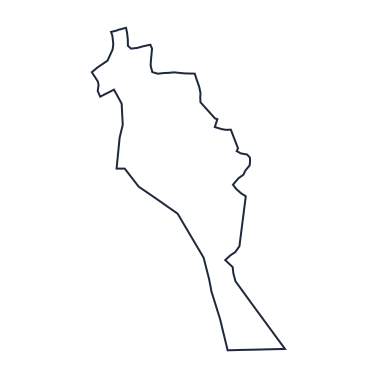 Monguno, Borno, Nigeria (Albers equal-area conic projection), rotated 101°
{"feature_id": "59680162B31936578466171", "entity_name": "Monguno", "entity_type": "district", "adm_level": 2, "iso_a3": "NGA", "parent_name": "Nigeria", "parent_adm1": "Borno", "projection": "albers", "projection_center": [13.558, 12.578], "detail": "fine", "context": "isolated", "style": "outline", "palette": "slate", "viewbox_px": 384, "rotation_deg": 101, "n_neighbors": 0, "source": "geoboundaries", "source_scale": "gbopen_adm2", "svg_char_len": 1186}
<svg xmlns="http://www.w3.org/2000/svg" viewBox="0 0 384 384"><g transform="rotate(101 192 192)"><path d="M115.9,300.3L106.4,288.1L118.7,277.9L139.3,272.8L152.5,273.4L183.4,270.5L181.9,262.5L196.9,245.4L204.6,227.6L210.6,214.2L216.0,202.0L254.2,168.1L273.8,158.8L280.9,155.9L285.6,154.1L311.2,140.3L340.6,126.8L338.1,115.6L334.1,97.2L328.3,70.8L298.2,103.4L288.6,113.8L271.3,132.3L263.9,135.9L258.0,137.7L252.5,146.4L246.8,142.2L242.8,138.1L236.2,135.1L185.9,138.4L183.9,143.6L180.7,149.0L177.0,153.2L169.6,149.0L165.2,144.8L160.7,143.7L155.0,140.5L151.0,140.8L147.2,141.7L144.7,145.0L144.8,151.5L143.3,155.9L140.3,155.2L123.4,165.8L124.5,170.5L124.6,174.7L123.9,182.0L115.7,181.0L115.4,183.5L102.3,200.8L97.4,202.0L93.4,202.5L87.4,205.0L79.8,209.4L75.3,211.9L77.0,222.0L78.0,232.6L79.5,237.6L80.5,242.0L82.4,248.1L81.9,253.8L76.2,256.6L72.0,257.3L58.8,258.6L55.4,261.0L58.2,267.6L61.0,273.2L62.9,279.2L60.7,282.8L54.6,284.1L47.9,286.2L43.4,288.1L44.7,290.8L45.7,292.7L46.7,295.0L47.8,296.6L50.3,302.0L53.6,300.1L58.4,298.5L61.8,297.5L67.2,297.1L79.2,300.0L87.4,308.2L93.5,313.2L101.4,305.6L104.5,304.2L110.9,303.8L115.9,300.3Z" fill="none" stroke="#1e293b" stroke-width="2"/></g></svg>